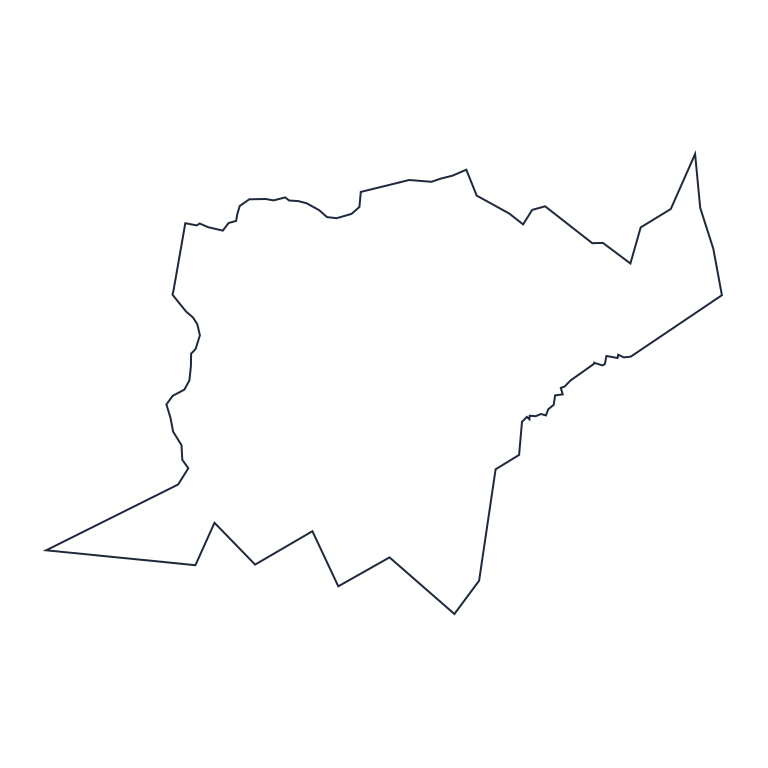 the district of Mt Hagen District, Western Highlands, Papua New Guinea
{"feature_id": "67681753B59339581313585", "entity_name": "Mt Hagen District", "entity_type": "district", "adm_level": 2, "iso_a3": "PNG", "parent_name": "Papua New Guinea", "parent_adm1": "Western Highlands", "projection": "robinson", "projection_center": [144.241, -5.844], "detail": "fine", "context": "isolated", "style": "outline", "palette": "slate", "viewbox_px": 768, "rotation_deg": 0, "n_neighbors": 0, "source": "geoboundaries", "source_scale": "gbopen_adm2", "svg_char_len": 1290}
<svg xmlns="http://www.w3.org/2000/svg" viewBox="0 0 768 768"><path d="M695.1,154.0L670.8,209.0L640.7,227.4L630.4,263.5L602.9,242.9L592.3,243.2L545.1,206.3L532.2,209.9L523.1,224.4L509.2,213.5L476.7,195.6L468.1,174.2L466.3,169.7L452.4,175.7L440.1,178.8L431.5,181.8L409.2,180.0L360.8,191.9L359.4,207.0L351.5,213.9L336.6,218.2L327.0,217.1L319.2,210.2L306.7,203.3L298.3,201.1L289.1,200.5L285.2,197.4L273.6,200.4L265.7,199.0L249.3,199.3L239.7,206.0L237.3,214.1L236.1,220.9L228.6,223.0L222.8,230.6L208.2,227.2L199.6,223.5L196.8,225.4L185.3,223.2L173.6,290.0L172.5,294.7L180.7,304.9L186.1,311.6L193.1,317.6L197.3,324.2L199.9,335.3L195.6,349.0L191.1,353.7L190.9,366.2L189.4,380.4L184.4,389.6L172.7,395.8L166.4,404.4L170.5,417.9L173.1,431.6L181.5,445.2L182.3,459.8L188.3,468.3L178.1,484.5L46.1,550.3L195.4,565.2L214.5,522.8L255.1,564.6L312.4,531.2L338.3,586.3L389.5,557.4L454.4,614.0L479.1,580.7L495.6,469.3L519.1,454.9L522.0,421.8L526.9,416.9L529.4,419.3L529.7,415.7L535.7,416.2L540.9,414.0L545.9,415.4L548.4,409.1L553.7,404.8L555.1,395.4L562.7,394.4L560.8,387.8L564.4,386.7L570.6,380.4L594.3,363.6L594.2,362.8L602.4,365.4L604.9,364.0L606.4,356.0L617.6,358.0L618.2,354.7L623.8,357.4L630.8,356.6L721.9,295.2L713.3,248.7L700.2,207.8L695.1,154.0Z" fill="none" stroke="#1e293b" stroke-width="2"/></svg>